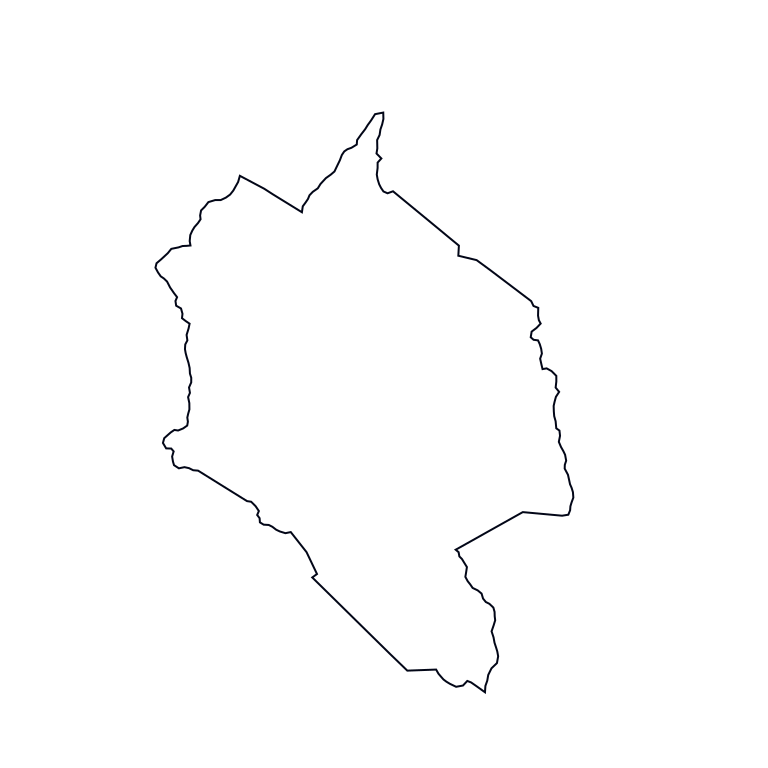 the district of Baixa Grande, Bahia, Brazil, rotated 214°
{"feature_id": "56859067B21478316481218", "entity_name": "Baixa Grande", "entity_type": "district", "adm_level": 2, "iso_a3": "BRA", "parent_name": "Brazil", "parent_adm1": "Bahia", "projection": "mercator", "projection_center": [-40.14, -11.982], "detail": "fine", "context": "isolated", "style": "outline", "palette": "ink", "viewbox_px": 768, "rotation_deg": 214, "n_neighbors": 0, "source": "geoboundaries", "source_scale": "gbopen_adm2", "svg_char_len": 3118}
<svg xmlns="http://www.w3.org/2000/svg" viewBox="0 0 768 768"><g transform="rotate(214 384 384)"><path d="M534.3,211.5L528.6,208.8L524.3,211.5L520.7,210.5L519.1,205.4L515.6,201.7L512.7,199.3L506.9,199.4L502.9,203.5L498.6,205.2L494.0,205.8L489.7,208.2L432.1,210.3L428.3,212.1L422.1,210.9L416.7,208.7L415.9,204.5L412.1,203.2L409.5,199.9L405.1,200.1L400.7,202.7L396.7,203.2L391.9,202.9L387.9,203.5L382.3,205.2L378.5,209.1L354.2,201.3L333.3,189.0L335.3,183.5L227.7,163.5L204.4,159.4L181.1,176.4L176.9,174.3L173.3,173.3L169.5,172.3L165.9,172.1L161.7,172.3L154.9,173.3L149.9,178.2L148.9,184.4L144.9,185.3L138.3,185.2L127.9,184.9L131.1,190.4L132.5,195.8L134.9,201.1L135.9,208.4L134.3,215.8L137.1,222.1L140.5,225.6L143.7,228.2L147.7,231.3L151.5,235.2L156.5,239.1L158.1,245.1L159.7,250.3L162.3,253.3L164.9,256.9L168.3,259.8L173.7,260.7L177.7,260.2L181.9,261.5L185.9,264.8L190.9,265.3L196.5,264.5L200.5,266.1L204.3,267.3L208.7,269.6L210.7,274.0L212.9,278.6L217.8,280.8L221.5,282.5L225.1,283.2L228.1,286.3L231.9,286.7L197.3,355.4L162.7,374.4L158.1,378.7L159.1,383.4L161.1,386.9L162.3,390.8L163.5,395.7L166.9,400.0L170.5,402.9L173.7,404.9L176.5,407.6L180.7,411.6L186.9,414.9L188.9,418.1L190.1,422.3L194.3,426.6L197.7,428.6L202.1,430.8L206.7,433.8L209.1,439.5L212.5,443.5L216.4,443.6L220.9,449.1L224.9,452.5L227.7,456.0L231.1,460.7L232.7,464.8L234.3,469.5L234.4,475.4L239.7,477.0L242.5,482.4L245.7,487.1L252.3,488.4L257.9,487.9L260.9,485.0L264.7,488.5L268.7,492.3L270.1,497.5L273.3,501.0L277.1,504.1L280.7,506.3L284.7,504.3L288.5,504.8L290.9,510.0L288.9,515.8L287.9,521.7L291.3,523.5L294.5,526.8L298.7,533.4L303.7,532.3L308.3,535.0L359.3,537.8L376.5,538.5L394.1,531.9L399.3,540.6L412.9,541.9L431.1,543.7L484.3,548.8L487.7,544.1L492.1,543.3L496.1,544.9L499.7,546.9L503.7,550.1L507.1,553.6L510.1,559.5L513.1,564.0L512.3,569.5L519.1,570.9L521.3,575.6L523.7,579.0L526.1,582.4L526.9,588.0L529.3,593.0L530.7,598.2L532.7,603.4L536.4,608.6L542.3,602.7L542.1,595.3L542.3,589.6L542.1,584.7L542.5,578.5L542.7,571.2L540.5,567.3L543.1,561.6L545.6,558.2L547.0,554.6L547.0,550.3L545.7,544.8L544.7,537.8L543.9,532.5L545.2,527.8L547.3,522.2L548.5,514.3L548.3,509.2L550.5,503.5L551.3,498.8L550.5,494.9L550.5,490.6L550.7,485.9L548.1,480.5L582.3,479.1L592.5,478.9L619.9,476.0L617.9,469.9L617.5,464.8L617.1,460.1L617.5,455.0L619.3,450.1L622.2,445.2L626.8,442.1L631.3,436.6L631.7,430.7L632.7,425.6L630.7,420.9L628.2,418.0L628.2,413.4L628.9,408.1L628.7,404.0L627.9,399.2L625.0,393.8L621.9,390.6L624.7,388.3L628.2,385.7L630.7,382.4L635.9,377.1L636.4,371.5L638.5,362.6L640.1,356.9L638.5,352.6L633.7,350.1L629.3,348.4L625.5,348.4L621.1,347.6L615.3,344.4L608.9,341.9L604.1,340.3L603.3,336.2L600.1,332.7L594.5,333.1L590.3,329.5L588.3,325.6L583.5,325.3L578.9,325.3L577.0,320.6L575.1,314.3L571.4,310.2L570.9,305.7L568.5,301.6L565.7,298.7L562.5,295.9L557.9,292.2L554.1,288.6L550.7,284.1L547.3,281.4L544.7,277.5L543.7,272.1L539.9,268.1L539.1,263.6L534.7,259.3L531.1,254.1L529.7,249.8L528.3,246.2L525.5,243.1L523.9,239.5L525.7,234.8L528.7,230.3L532.1,228.7L533.7,224.7L534.7,220.9L535.9,216.2L534.3,211.5Z" fill="none" stroke="#020617" stroke-width="2"/></g></svg>